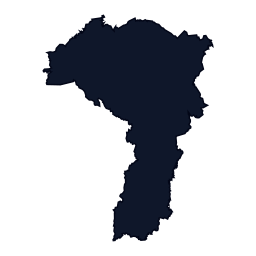 Tuxpan, Jalisco, Mexico (Natural Earth projection)
{"feature_id": "50627088B31771995002719", "entity_name": "Tuxpan", "entity_type": "district", "adm_level": 2, "iso_a3": "MEX", "parent_name": "Mexico", "parent_adm1": "Jalisco", "projection": "natural_earth1", "projection_center": [-103.456, 19.437], "detail": "fine", "context": "isolated", "style": "filled", "palette": "ink", "viewbox_px": 256, "rotation_deg": 0, "n_neighbors": 0, "source": "geoboundaries", "source_scale": "gbopen_adm2", "svg_char_len": 5813}
<svg xmlns="http://www.w3.org/2000/svg" viewBox="0 0 256 256"><path d="M113.3,240.6L115.0,240.4L115.6,239.1L117.3,238.7L118.4,237.6L119.4,237.2L119.8,238.0L120.3,237.8L122.8,235.1L121.8,233.9L123.4,233.3L125.0,234.2L125.5,233.1L126.8,233.3L128.1,234.6L129.4,234.2L130.9,237.0L133.4,236.2L135.9,236.5L136.6,237.3L138.3,236.8L137.9,237.9L138.5,237.9L138.7,239.3L140.4,239.1L140.3,239.9L140.8,240.2L143.6,240.0L144.3,239.4L144.9,240.0L146.5,238.8L146.2,237.8L145.6,238.1L145.9,236.8L147.0,236.4L146.9,235.0L148.4,234.3L148.0,233.5L148.6,232.9L150.1,233.1L150.3,234.0L151.8,234.1L151.6,233.3L152.5,231.0L154.1,229.6L155.0,229.4L154.8,230.1L156.1,230.7L157.6,230.4L158.1,228.9L157.9,225.5L159.1,224.2L159.1,222.5L158.1,221.1L159.2,219.4L159.0,218.2L160.4,217.6L163.6,218.5L164.5,217.5L167.6,219.0L168.8,216.0L169.7,216.2L170.6,213.8L171.4,213.8L171.6,212.0L172.3,211.8L170.8,209.6L170.0,210.3L169.2,210.0L169.5,209.1L168.7,208.9L169.0,207.6L168.5,207.9L167.3,206.9L167.6,205.4L169.0,205.1L168.4,203.6L169.7,200.8L168.8,200.2L169.8,199.1L170.3,199.4L169.7,196.3L170.1,193.9L169.5,192.5L169.6,191.3L170.5,190.8L169.7,189.7L169.9,188.4L169.4,187.3L169.9,186.7L169.8,184.5L169.1,183.9L169.7,183.3L168.7,182.7L168.6,181.1L169.4,181.5L169.5,179.7L170.3,180.3L170.8,179.6L171.7,180.1L171.8,177.4L173.9,177.5L172.4,175.3L173.1,176.0L173.9,175.6L173.4,174.5L172.4,174.4L172.6,173.4L173.6,173.2L173.4,171.1L172.7,170.8L173.2,170.4L173.0,169.7L174.0,168.3L174.1,168.9L174.8,168.7L174.5,167.5L175.6,167.4L175.5,166.8L176.3,167.8L176.8,167.3L177.1,165.9L176.5,166.0L176.8,165.3L176.3,165.1L176.8,164.3L175.9,163.7L176.3,162.9L177.2,163.3L177.1,160.5L178.0,160.4L178.6,158.9L179.8,158.4L181.7,154.1L182.6,153.5L182.8,152.1L182.0,150.9L180.6,151.3L180.6,149.8L179.9,149.2L177.9,150.2L176.8,148.6L177.3,146.2L175.9,146.0L176.4,142.8L175.9,137.6L176.3,136.1L184.9,133.5L185.9,132.0L187.7,130.9L187.5,130.2L188.5,129.9L188.5,129.1L190.6,128.0L190.8,126.8L188.9,124.5L190.3,121.9L190.3,119.9L189.3,118.2L189.4,116.0L188.4,114.3L188.2,111.9L191.2,116.0L192.3,116.0L193.6,115.0L195.5,117.2L196.4,116.2L196.9,117.7L199.0,117.7L202.9,114.6L202.1,112.8L202.7,110.7L201.0,108.9L201.1,107.9L203.1,107.7L207.5,105.3L203.7,103.5L202.6,98.7L201.8,98.1L201.0,98.3L199.7,96.7L200.3,94.9L200.0,93.6L195.8,87.0L195.0,87.1L194.5,84.7L194.3,84.4L194.1,85.5L193.0,84.8L193.5,84.5L192.9,83.5L193.4,82.8L193.1,82.0L194.3,80.8L194.3,78.6L195.7,77.9L195.6,76.4L198.4,75.5L199.8,71.8L203.4,69.1L201.9,63.5L201.2,62.9L202.5,56.9L204.4,54.4L205.3,54.1L204.8,53.0L203.8,52.8L203.5,51.7L206.9,49.3L208.6,48.9L208.2,48.4L208.6,47.1L207.8,46.9L208.3,45.4L210.1,45.9L210.1,45.3L211.2,45.1L212.7,46.2L212.3,44.2L211.6,43.9L211.6,42.6L210.2,42.0L211.4,40.6L211.0,40.2L210.1,41.0L209.8,40.1L207.7,38.7L205.8,35.6L203.9,35.8L202.9,39.0L199.9,40.2L198.7,37.1L197.4,37.7L196.6,35.0L188.8,35.8L187.5,35.4L186.6,32.4L184.4,31.0L177.3,38.4L175.3,36.0L173.6,36.0L171.1,33.5L164.6,29.7L163.4,28.2L161.6,27.7L158.8,24.5L155.8,23.7L154.3,22.3L153.4,22.5L152.5,21.2L146.9,20.5L146.9,21.1L145.2,19.8L143.4,20.8L142.0,20.9L140.1,19.9L139.8,20.9L138.8,20.3L138.0,20.7L137.7,20.1L135.8,21.0L135.0,18.2L129.1,21.1L127.9,22.2L127.6,23.6L125.5,24.9L123.6,25.3L118.4,28.6L116.8,27.4L115.6,27.8L115.6,26.4L114.0,28.7L114.1,31.0L112.3,29.3L110.7,26.1L108.8,25.7L107.3,24.5L105.7,24.6L102.4,27.2L103.9,25.4L102.0,25.6L101.8,24.6L103.1,24.2L104.0,22.8L102.4,23.5L101.9,21.4L102.4,20.8L101.7,20.6L103.1,20.2L101.9,19.1L102.4,18.1L104.4,17.1L103.4,15.4L102.2,15.8L102.5,16.4L101.9,17.3L100.8,18.0L92.0,19.3L92.5,20.0L91.6,21.3L90.2,21.6L90.3,22.2L89.4,22.8L89.0,24.1L86.0,24.4L85.3,27.4L85.6,28.1L83.4,28.9L84.9,29.6L84.4,30.4L83.6,29.7L83.8,30.4L82.7,32.5L82.3,32.7L82.4,32.0L81.7,31.5L81.6,33.0L81.2,32.8L81.1,31.9L80.1,31.4L80.9,32.6L78.6,33.7L78.5,35.1L76.7,35.3L76.6,34.5L74.5,36.6L75.9,37.0L75.9,37.8L73.1,38.1L72.4,37.6L72.3,38.4L70.1,39.4L69.4,41.2L66.1,44.8L65.6,46.4L62.8,44.6L59.9,44.5L56.4,48.3L55.7,51.3L53.0,52.3L50.0,51.9L47.2,52.6L48.6,53.4L49.1,55.4L48.6,56.6L50.4,60.3L49.7,60.6L50.4,61.2L49.7,65.1L51.5,68.0L49.3,68.9L44.5,69.2L43.3,70.6L43.6,71.7L44.4,71.7L44.2,70.7L46.4,71.4L47.1,72.6L47.5,71.5L48.4,72.0L49.3,70.7L50.3,71.0L50.3,72.1L50.9,72.1L48.8,73.7L48.0,75.9L48.8,77.5L48.0,78.1L48.3,79.1L47.2,79.5L46.8,80.3L47.1,81.6L46.4,83.0L46.9,84.4L60.3,84.7L72.9,81.6L73.4,80.2L73.8,80.8L74.1,80.2L74.8,80.7L74.7,80.0L75.8,82.0L76.4,84.6L78.5,85.8L79.1,87.7L82.6,89.3L84.7,91.6L85.9,95.3L85.7,96.8L89.2,99.9L91.8,100.0L94.3,101.5L94.3,104.0L95.1,105.2L97.4,105.0L99.7,106.1L99.4,102.7L97.6,99.7L98.7,98.3L99.9,98.8L102.2,100.1L102.1,100.6L103.3,101.5L102.8,102.3L103.5,102.8L104.7,106.0L106.3,108.3L108.9,109.2L110.0,108.7L110.6,111.4L112.5,111.2L113.1,113.2L112.9,114.1L116.7,116.6L118.2,116.1L118.7,117.2L120.0,117.4L121.4,119.1L122.4,118.8L123.7,120.0L125.5,119.4L126.1,120.4L127.2,120.1L128.4,120.7L128.7,124.0L129.5,124.6L131.6,124.0L132.4,127.1L131.4,127.6L131.2,130.1L130.1,130.5L128.8,129.6L128.5,132.4L126.7,132.4L127.0,135.3L126.2,138.3L127.2,141.7L127.9,142.0L129.6,140.8L130.7,142.7L132.0,142.5L132.5,144.2L134.4,143.6L135.4,144.0L136.1,145.5L134.1,151.6L135.3,152.9L134.9,154.7L135.2,156.3L136.2,157.1L136.2,158.3L138.0,159.7L137.4,160.7L136.2,160.6L133.4,163.5L132.0,163.5L131.3,165.2L129.9,165.3L129.0,167.7L128.9,170.8L127.4,170.4L126.8,171.2L124.9,171.4L125.3,172.3L124.4,173.4L125.7,175.8L124.7,177.6L125.6,179.4L125.6,182.6L125.6,183.5L124.7,184.1L124.1,187.7L124.4,191.0L122.4,193.7L120.8,194.3L120.0,195.7L120.0,196.4L122.8,198.7L122.9,200.8L121.7,202.3L120.3,201.2L118.3,202.2L117.4,207.2L115.4,207.5L115.0,209.3L113.4,209.9L114.6,211.5L114.9,213.0L114.5,213.1L114.6,218.7L114.0,221.3L114.5,222.8L113.6,226.0L114.6,226.5L114.0,231.1L115.3,234.0L114.1,236.2L114.2,238.0L113.1,239.6L113.3,240.6Z" fill="#0f172a" stroke="#020617" stroke-width="1.5"/></svg>